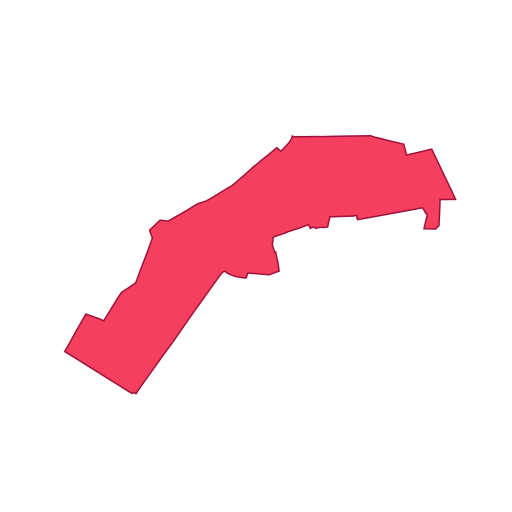 Camin, Satu Mare, Romania, rotated 168°
{"feature_id": "2599482B5229850470512", "entity_name": "Camin", "entity_type": "district", "adm_level": 2, "iso_a3": "ROU", "parent_name": "Romania", "parent_adm1": "Satu Mare", "projection": "robinson", "projection_center": [22.488, 47.743], "detail": "fine", "context": "isolated", "style": "filled", "palette": "rose", "viewbox_px": 512, "rotation_deg": 168, "n_neighbors": 0, "source": "geoboundaries", "source_scale": "gbopen_adm2", "svg_char_len": 2641}
<svg xmlns="http://www.w3.org/2000/svg" viewBox="0 0 512 512"><g transform="rotate(168 256 256)"><path d="M453.1,192.9L439.2,179.4L431.2,171.7L425.1,165.7L418.5,159.5L412.2,153.3L410.1,151.3L408.1,149.4L407.0,148.3L406.0,147.5L405.4,147.4L403.4,147.8L402.9,147.6L402.7,147.2L402.7,146.8L402.1,146.2L400.9,147.3L399.8,148.5L399.3,149.0L390.4,157.3L387.5,159.9L378.6,168.0L370.0,175.9L362.9,182.3L354.8,189.5L345.0,198.7L336.3,207.0L326.0,216.5L317.6,224.1L316.2,225.4L315.2,226.4L306.5,234.3L299.5,240.7L295.1,244.7L292.8,246.5L291.6,247.2L289.6,247.6L289.0,246.8L287.8,245.4L286.1,244.0L282.1,241.2L281.4,240.8L277.5,239.0L273.4,237.5L270.1,236.5L268.8,239.0L268.6,239.6L267.9,241.0L262.2,239.5L247.1,234.9L242.4,235.6L236.5,236.4L236.1,241.3L235.9,246.2L236.0,256.0L237.0,256.0L237.6,263.0L237.6,263.6L235.7,269.5L235.4,270.2L235.3,270.6L235.2,270.7L234.6,270.9L233.7,271.1L229.4,271.6L221.4,272.6L221.4,272.9L207.1,274.4L198.4,275.7L197.4,273.0L197.2,271.8L195.8,272.1L193.7,272.2L193.1,271.9L192.2,271.1L191.2,270.4L190.5,270.6L189.7,270.7L188.5,270.7L187.1,270.6L183.7,269.8L180.2,269.5L179.8,269.6L178.5,272.7L177.7,274.5L176.2,277.3L175.8,279.0L171.2,278.1L166.6,277.4L162.9,276.7L152.9,274.9L149.3,274.9L149.2,270.5L147.7,270.4L126.0,269.7L118.3,269.5L104.4,269.1L89.5,268.7L86.0,268.6L83.0,268.5L81.1,262.5L79.9,260.6L83.0,254.2L86.0,247.7L77.9,245.8L74.7,245.0L72.7,246.4L70.9,247.5L70.7,247.7L70.6,247.9L70.6,248.2L70.5,248.4L70.2,249.6L67.9,258.3L65.2,268.9L64.2,273.0L62.8,272.7L60.4,272.2L50.0,270.0L49.0,269.8L49.7,273.0L51.5,280.9L52.2,283.7L53.0,287.1L55.9,298.7L57.6,306.1L59.5,314.0L61.9,324.0L64.2,324.0L66.5,323.9L78.7,323.6L80.2,323.6L87.7,323.5L88.2,334.6L91.7,336.3L103.1,341.7L110.0,345.2L114.3,347.2L115.9,347.9L117.7,349.0L118.6,349.7L132.6,352.5L143.2,354.6L155.6,357.0L165.9,358.9L171.2,360.1L179.7,361.8L186.6,363.2L194.3,364.9L194.7,365.0L195.0,365.5L195.6,365.8L196.0,365.0L196.3,364.6L196.9,363.3L200.5,359.7L209.8,353.3L213.1,357.6L219.0,354.5L222.0,353.0L226.1,350.9L228.5,349.6L231.1,348.4L239.4,343.9L239.5,344.1L248.6,338.7L262.1,331.3L265.4,329.5L265.9,329.5L270.0,328.2L274.0,326.8L282.6,323.7L286.4,322.3L290.7,321.0L294.0,320.1L300.7,319.4L302.7,319.1L313.1,315.4L322.1,312.4L333.9,308.7L335.1,308.5L342.4,311.0L354.7,303.4L354.2,298.8L353.6,295.1L362.0,281.6L372.0,266.3L376.9,258.4L379.3,254.8L384.8,252.5L386.4,251.8L395.0,248.4L396.1,247.4L400.6,243.1L405.7,237.6L406.7,236.6L412.9,230.1L417.1,225.7L417.4,225.4L418.5,224.3L421.2,226.4L434.5,234.6L440.6,227.8L447.9,219.6L455.2,211.1L462.2,203.2L463.0,202.3L455.0,194.7L453.1,192.9Z" fill="#f43f5e" stroke="#9f1239" stroke-width="1.5"/></g></svg>